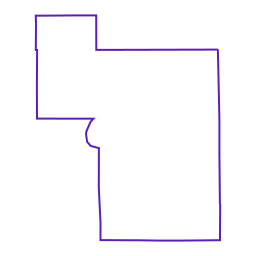 Beltrami, Minnesota, United States of America (Equal Earth projection)
{"feature_id": "52423323B93818974176817", "entity_name": "Beltrami", "entity_type": "district", "adm_level": 2, "iso_a3": "USA", "parent_name": "United States of America", "parent_adm1": "Minnesota", "projection": "equal_earth", "projection_center": [-95.064, 47.975], "detail": "fine", "context": "isolated", "style": "outline", "palette": "violet", "viewbox_px": 256, "rotation_deg": 0, "n_neighbors": 0, "source": "geoboundaries", "source_scale": "gbopen_adm2", "svg_char_len": 516}
<svg xmlns="http://www.w3.org/2000/svg" viewBox="0 0 256 256"><path d="M38.5,118.6L93.4,118.7L90.7,121.6L86.7,130.6L86.0,133.9L87.1,141.8L90.7,145.9L98.9,148.1L98.8,187.9L100.5,222.7L100.5,240.1L140.3,240.3L160.2,240.6L178.4,240.6L180.5,240.6L220.0,240.2L220.0,233.6L220.2,205.2L219.9,203.8L219.4,153.4L219.4,136.0L219.4,119.4L217.9,50.4L217.4,49.6L96.3,49.9L96.2,15.4L76.0,15.4L38.2,15.7L35.8,15.6L36.0,24.2L35.8,50.0L37.1,50.0L36.9,88.2L37.0,118.6L38.5,118.6Z" fill="none" stroke="#5b21b6" stroke-width="2"/></svg>